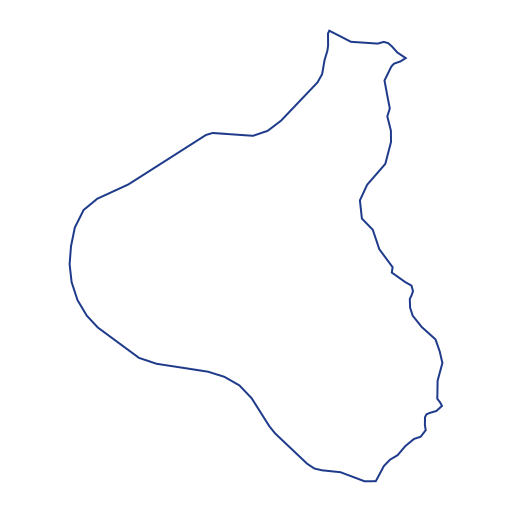 Taranaki, Albers equal-area conic projection
{"feature_id": "NZL-3405", "entity_name": "Taranaki", "entity_type": "Regional Council", "adm_level": 1, "iso_a3": "NZL", "parent_name": "New Zealand", "parent_adm1": "", "projection": "albers", "projection_center": [174.624, -39.283], "detail": "fine", "context": "isolated", "style": "outline", "palette": "blue", "viewbox_px": 512, "rotation_deg": 0, "n_neighbors": 0, "source": "natural_earth", "source_scale": "10m", "svg_char_len": 1166}
<svg xmlns="http://www.w3.org/2000/svg" viewBox="0 0 512 512"><path d="M375.8,481.2L364.6,481.3L340.4,472.2L322.0,470.3L314.3,468.5L307.1,463.7L275.1,433.4L269.3,426.2L251.7,398.3L239.4,385.4L224.3,376.8L208.0,371.7L156.6,363.8L139.0,357.9L97.9,327.6L86.8,315.7L77.5,300.1L71.6,282.1L69.6,264.3L71.0,246.3L74.8,227.6L83.6,210.0L97.3,198.7L128.4,184.4L205.9,135.0L212.5,133.0L253.0,135.8L267.7,130.8L281.0,120.7L317.5,82.4L322.1,74.2L324.6,59.9L327.4,50.7L328.1,45.5L328.0,33.5L329.3,30.7L350.9,41.8L377.7,43.6L383.8,41.9L388.1,43.1L391.8,46.3L397.3,52.5L405.7,58.1L400.5,61.4L394.1,63.6L392.4,65.3L391.2,66.8L384.5,80.5L387.3,95.6L389.8,108.5L387.3,116.4L390.9,130.7L391.0,142.0L385.3,163.9L367.1,184.8L359.9,200.4L361.9,218.6L372.8,229.8L379.3,249.2L392.6,267.2L391.8,272.6L405.4,282.2L411.5,285.6L413.0,291.2L411.6,295.2L409.8,299.0L410.1,307.7L412.7,315.7L421.7,327.0L435.5,339.4L439.7,351.4L442.4,363.0L437.6,380.7L437.3,398.8L439.9,402.1L442.0,405.9L436.3,411.0L429.5,413.0L426.4,414.4L425.0,417.2L424.9,424.8L425.7,430.2L420.7,436.7L413.9,439.0L405.3,446.1L397.7,455.1L390.1,459.6L383.9,466.0L375.8,481.2Z" fill="none" stroke="#1e3a8a" stroke-width="2"/></svg>